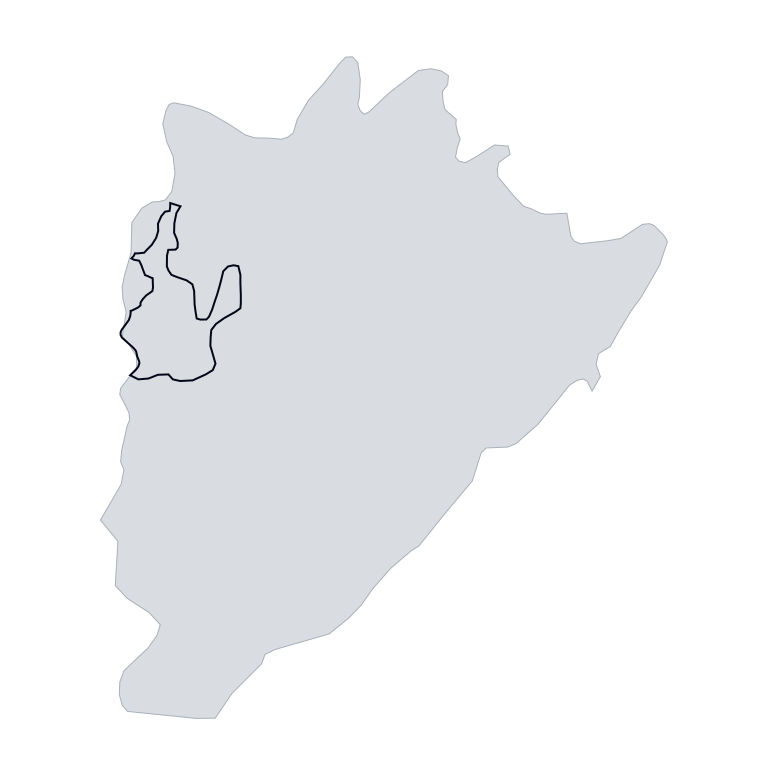 Bosnia and Herzegovina, with Doboj highlighted, rotated 268°
{"feature_id": "BIH-4801", "entity_name": "Doboj", "entity_type": "state/province", "adm_level": 1, "iso_a3": "BIH", "parent_name": "Bosnia and Herzegovina", "parent_adm1": "", "projection": "robinson", "projection_center": [18.222, 44.862], "detail": "fine", "context": "in_parent", "style": "outline", "palette": "ink", "viewbox_px": 768, "rotation_deg": 268, "n_neighbors": 0, "source": "natural_earth", "source_scale": "10m", "svg_char_len": 3231}
<svg xmlns="http://www.w3.org/2000/svg" viewBox="0 0 768 768"><g transform="rotate(268 384 384)"><path d="M670.9,179.1L672.3,183.9L668.6,200.4L661.5,218.2L649.8,236.8L637.7,254.2L634.5,263.5L633.7,278.2L632.2,289.8L633.9,296.1L637.9,302.0L651.6,306.6L670.0,318.3L685.6,333.4L705.7,350.6L712.0,357.0L712.1,363.9L706.2,369.0L689.1,370.9L671.3,369.4L664.5,367.6L658.1,369.7L654.2,373.7L656.3,378.3L674.7,399.2L696.1,429.2L697.4,442.1L694.8,452.2L689.9,459.2L681.1,458.1L674.3,452.6L664.1,452.9L656.2,454.5L645.9,465.4L640.8,464.9L631.9,466.5L626.3,468.7L617.5,465.5L608.2,463.4L604.1,466.8L602.4,473.1L608.2,484.7L619.0,502.7L617.4,516.5L609.1,518.0L601.5,506.5L594.8,504.7L587.2,505.1L569.7,518.4L556.9,529.6L553.9,537.4L549.3,546.0L547.9,552.2L548.3,572.7L525.0,576.0L520.1,579.1L517.3,585.3L519.3,611.7L521.2,625.9L534.5,647.8L535.0,654.8L533.1,659.3L523.7,668.0L519.2,671.1L516.1,672.1L500.7,666.4L493.3,663.7L462.3,644.4L448.6,633.6L427.0,619.5L413.6,611.5L406.9,599.4L396.3,596.6L383.8,600.5L369.6,591.7L379.7,587.2L382.1,582.9L380.9,577.2L376.5,569.5L338.3,536.4L319.7,513.7L316.7,505.6L316.5,484.0L312.1,478.8L284.1,468.9L252.9,440.8L220.9,413.2L216.5,405.5L200.0,384.7L179.9,365.7L163.8,353.6L150.7,339.8L136.2,320.5L128.9,291.5L122.4,265.6L117.9,255.6L108.7,252.0L80.2,221.4L55.9,203.6L56.4,184.3L60.8,152.3L65.7,116.3L71.7,111.3L82.8,108.6L95.5,109.6L106.6,114.1L128.2,138.7L140.6,148.3L151.2,152.0L163.5,141.6L178.7,119.9L191.9,108.4L236.1,112.6L257.9,95.9L292.9,117.8L307.4,121.1L315.5,118.1L326.6,119.5L351.3,125.9L356.9,128.6L364.4,128.1L382.6,119.6L388.8,120.6L409.6,137.5L420.1,137.6L432.7,130.4L440.8,124.1L464.8,128.8L478.5,126.0L489.9,125.7L502.2,128.6L513.5,132.4L524.4,135.8L554.1,137.6L568.3,148.3L574.0,158.7L574.1,165.0L575.6,171.9L583.7,178.6L601.6,182.5L612.8,181.6L618.8,181.2L634.0,175.2L651.9,172.0L664.8,175.6L670.9,179.1Z" fill="#d9dde1" stroke="#a8b0b8" stroke-width="1"/><path d="M401.6,130.6L407.0,136.7L410.1,139.1L413.5,140.3L415.2,140.1L420.2,138.3L424.9,137.5L426.4,136.8L429.2,134.5L439.5,123.7L442.1,122.5L444.7,122.5L447.4,123.8L456.8,131.2L460.6,132.7L463.9,133.3L465.9,133.3L466.2,134.6L468.8,140.4L470.9,143.3L474.0,143.6L477.1,145.8L480.8,149.4L485.0,155.8L488.6,156.5L494.1,156.5L497.8,156.5L498.6,154.5L499.9,152.0L501.2,149.0L505.9,147.4L511.6,145.5L515.8,143.6L516.8,138.7L518.3,136.0L520.7,138.3L523.3,139.8L523.1,142.3L523.6,149.0L526.0,151.3L531.2,156.8L538.0,161.4L544.8,163.7L552.1,163.7L559.5,167.3L563.9,171.2L564.4,175.7L567.8,176.4L572.3,176.7L568.7,186.8L562.1,182.5L551.9,180.1L542.4,179.5L536.3,181.9L532.2,182.8L527.6,182.5L525.6,180.4L525.6,177.9L525.6,173.1L519.8,171.6L509.0,171.1L504.9,172.6L500.5,175.4L498.1,180.8L494.5,190.3L490.3,196.0L483.5,197.5L470.1,197.5L462.8,198.2L456.0,199.1L454.8,202.7L454.7,208.8L457.4,211.5L464.5,214.9L472.0,217.6L479.1,220.3L487.6,223.1L494.7,225.2L502.3,227.3L506.9,232.2L507.9,237.7L506.9,242.5L498.1,244.3L490.3,244.0L477.2,244.0L469.4,243.7L464.7,243.1L461.3,238.0L455.5,226.7L449.9,218.2L444.0,213.3L437.0,212.4L428.2,211.8L422.3,213.3L410.2,216.3L403.9,213.4L399.8,206.2L394.3,192.9L394.1,180.4L396.0,173.1L401.1,168.9L401.1,158.3L397.7,148.8L397.2,138.7L401.6,130.6Z" fill="none" stroke="#020617" stroke-width="2"/></g></svg>